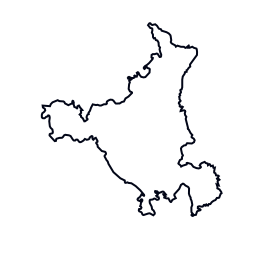 an SVG outline of Haryana, rotated 349°
{"feature_id": "IND-2430", "entity_name": "Haryana", "entity_type": "State", "adm_level": 1, "iso_a3": "IND", "parent_name": "India", "parent_adm1": "", "projection": "mercator", "projection_center": [76.236, 29.302], "detail": "fine", "context": "isolated", "style": "outline", "palette": "ink", "viewbox_px": 256, "rotation_deg": 349, "n_neighbors": 0, "source": "natural_earth", "source_scale": "10m", "svg_char_len": 5890}
<svg xmlns="http://www.w3.org/2000/svg" viewBox="0 0 256 256"><g transform="rotate(349 128 128)"><path d="M169.5,29.3L170.0,29.6L170.5,30.7L171.4,31.5L174.5,31.4L176.0,33.2L177.2,36.3L179.2,37.4L179.6,38.9L184.1,41.3L186.1,43.0L187.3,45.0L187.4,45.9L187.2,50.1L186.4,51.7L186.6,52.6L187.3,53.6L190.1,55.9L190.5,57.3L192.2,56.6L195.5,58.4L198.4,59.0L199.6,60.3L200.4,60.2L203.3,58.7L203.4,59.1L202.4,60.7L203.8,61.0L206.6,60.5L207.9,61.8L210.3,63.1L210.5,63.9L210.3,66.6L209.6,69.5L201.3,77.2L200.9,77.8L200.8,79.6L199.0,80.6L197.4,82.2L196.5,82.5L196.3,84.0L194.5,84.1L194.1,85.4L191.6,87.9L190.5,90.8L189.0,98.4L188.0,100.4L186.9,100.5L186.6,100.8L186.5,101.3L186.9,102.7L186.7,103.3L185.1,104.6L185.5,105.8L184.1,107.2L184.4,108.3L184.0,109.3L184.8,111.4L184.4,111.9L182.9,112.6L182.6,113.5L183.3,115.1L182.9,116.6L183.6,117.3L185.0,117.1L185.8,117.8L183.3,120.5L182.9,121.4L186.4,121.3L187.3,122.0L187.4,122.7L186.5,124.6L186.6,126.4L187.4,128.1L186.4,130.1L186.9,139.2L186.6,140.0L186.7,140.5L187.3,141.0L188.4,144.8L189.8,147.2L188.9,148.2L188.7,149.3L190.5,151.0L191.1,152.7L190.1,154.5L187.7,155.4L183.1,154.2L181.4,155.9L179.7,155.8L177.1,157.0L176.1,158.2L176.0,159.6L176.1,163.6L176.7,165.3L175.4,166.9L175.1,168.6L172.8,169.4L170.7,172.4L170.8,172.8L172.5,174.8L172.8,176.0L174.6,175.4L178.3,175.0L178.7,174.9L179.0,173.6L179.7,173.6L183.2,175.4L184.8,178.6L187.5,180.4L189.7,181.2L191.4,180.9L192.1,180.3L192.0,179.6L191.2,178.5L192.2,177.3L193.7,176.5L196.8,175.9L197.6,177.2L199.4,178.1L199.4,179.8L201.0,179.0L201.4,179.2L202.1,181.3L204.1,181.1L204.2,183.3L204.6,183.6L205.7,183.5L204.4,186.7L204.1,188.2L205.2,189.2L205.4,191.3L207.4,191.9L207.9,192.5L207.4,192.8L206.9,194.1L205.7,194.6L205.9,195.3L207.4,195.5L207.9,196.2L206.2,196.9L205.6,198.0L206.1,201.5L204.3,200.3L204.6,202.8L204.2,204.3L206.1,205.8L207.3,208.6L207.4,209.9L206.3,210.4L204.3,213.7L203.7,213.9L201.9,213.6L200.1,215.4L198.1,215.8L196.0,216.8L194.3,218.4L192.8,218.1L191.8,219.4L191.3,219.2L190.3,217.9L190.0,218.0L189.4,219.1L188.9,219.0L188.2,218.0L187.8,218.0L186.5,219.3L185.7,219.4L183.0,218.4L181.6,218.6L181.2,220.1L181.5,220.6L183.1,221.3L183.6,222.2L183.3,222.5L180.5,222.8L179.8,223.2L178.1,226.2L176.4,226.1L174.8,226.7L174.0,226.2L173.7,225.6L174.1,225.0L175.2,224.5L174.3,222.9L174.3,222.3L175.0,218.1L176.4,215.9L176.5,215.1L176.5,211.6L176.0,209.5L176.2,208.2L175.5,206.1L175.3,204.0L176.4,199.0L176.0,197.7L175.5,197.1L173.5,195.5L171.9,193.4L171.2,193.1L169.1,194.0L166.7,197.5L160.9,201.9L160.6,203.0L161.5,206.0L157.9,207.0L156.3,208.8L155.9,208.8L155.2,207.9L154.3,204.8L152.4,204.5L150.3,203.2L150.6,202.6L151.9,202.0L150.3,200.8L150.0,199.8L152.2,200.0L150.7,197.3L149.6,197.0L146.2,197.7L145.4,197.1L144.6,195.8L142.7,195.1L142.4,195.6L142.5,196.5L144.7,198.7L144.4,199.4L142.8,200.0L143.2,200.9L144.9,201.9L144.9,203.3L144.3,204.0L142.8,204.1L140.8,202.4L140.1,202.3L138.6,202.9L136.0,202.7L135.5,203.2L135.2,204.4L135.1,205.9L136.2,209.6L136.2,212.5L137.4,213.9L138.1,216.5L137.8,217.4L136.2,218.5L133.1,215.9L131.6,215.8L126.7,216.4L126.1,216.1L125.7,215.6L125.3,213.7L124.8,213.0L123.1,211.9L122.9,210.8L123.4,209.7L125.1,209.8L126.0,208.8L125.8,207.8L125.0,207.0L125.8,205.9L126.4,204.0L128.2,202.1L128.3,201.0L127.9,200.6L127.2,200.6L125.7,202.0L124.0,200.9L123.7,200.0L124.2,199.1L126.8,197.8L128.5,195.8L130.7,197.6L131.0,197.3L131.0,196.6L128.1,191.4L124.5,186.5L120.8,182.9L118.0,182.0L117.2,181.3L115.2,181.4L114.8,181.2L114.6,180.4L114.8,178.9L110.9,175.9L105.3,168.6L102.0,159.5L101.7,157.0L100.8,155.4L99.6,151.5L99.8,150.7L101.2,149.6L101.5,149.1L101.4,147.7L100.9,147.0L97.9,145.6L94.7,140.7L94.8,138.8L93.9,136.8L94.1,136.2L95.4,135.7L95.6,134.9L94.5,131.5L93.2,131.8L91.8,132.9L91.4,132.6L91.1,131.7L91.5,129.5L91.3,129.2L90.6,129.0L88.6,130.0L88.1,131.1L87.2,131.6L85.3,131.7L83.6,130.5L81.9,131.8L79.6,132.7L78.2,132.8L77.4,132.2L76.2,129.8L74.9,129.5L73.7,130.2L72.4,129.9L71.7,128.9L70.1,124.9L68.6,123.9L65.1,122.7L63.9,123.0L62.2,124.6L61.3,125.0L58.7,124.6L55.9,124.9L55.3,125.4L54.8,126.9L53.6,126.9L49.6,120.4L49.9,119.2L50.3,118.9L52.6,118.8L53.0,118.6L53.5,117.6L53.5,115.0L52.1,113.1L51.6,111.4L52.0,106.3L53.1,103.1L53.2,101.4L52.8,100.7L52.1,100.4L51.1,101.3L49.8,101.4L48.5,102.3L47.6,102.5L46.0,102.0L45.5,100.9L45.9,98.7L46.7,97.2L48.9,96.1L50.1,94.9L50.0,93.3L48.4,91.6L48.5,89.7L55.6,91.7L56.7,89.9L58.8,88.4L64.3,87.3L65.7,88.5L69.7,89.6L70.4,90.3L70.9,91.9L73.8,94.2L77.6,93.2L78.0,92.8L78.5,91.1L79.0,90.8L79.4,91.1L79.6,93.0L78.9,94.4L79.3,95.2L79.3,97.0L80.8,98.0L81.7,99.0L82.0,98.8L82.5,97.1L83.5,96.6L84.2,96.6L84.8,98.6L86.6,101.7L85.0,101.8L84.9,104.2L83.1,105.6L84.2,106.9L84.0,108.1L85.5,109.9L86.4,113.1L87.1,113.2L89.9,111.9L90.0,111.4L89.3,110.1L89.7,108.7L91.0,107.0L92.1,106.9L92.2,105.5L93.9,103.9L95.6,101.0L97.9,98.1L101.0,99.4L102.5,99.4L104.4,100.5L105.9,100.8L109.0,100.1L110.9,100.5L111.9,100.0L111.9,99.0L112.4,98.0L114.1,97.2L116.0,96.8L117.8,97.3L118.9,98.3L120.1,100.8L120.8,101.7L124.5,102.3L127.0,101.3L129.1,101.2L131.2,98.5L134.5,97.2L138.6,94.4L138.7,93.9L138.3,93.4L136.9,92.5L136.1,89.8L137.5,85.1L138.5,83.6L138.2,81.9L140.1,81.1L137.6,79.6L137.4,78.8L138.0,78.1L138.8,78.0L140.8,79.5L143.0,80.0L144.0,79.6L144.1,78.0L144.6,77.8L145.9,79.2L146.4,79.3L147.5,77.3L147.2,75.5L148.3,75.1L148.9,75.7L149.4,77.9L150.7,80.3L153.0,81.3L154.8,81.3L159.7,77.7L160.6,74.4L160.2,73.7L158.7,72.9L157.9,71.4L157.5,71.4L156.3,72.7L155.5,73.2L155.0,72.7L154.9,72.1L155.2,71.5L156.5,70.5L158.7,69.7L161.0,68.4L165.2,65.1L165.7,64.1L164.7,63.7L164.5,63.2L165.1,60.8L166.5,60.2L168.2,60.6L170.5,60.4L171.3,61.0L172.6,64.3L173.7,64.4L174.2,63.8L174.6,62.3L174.1,59.5L174.0,56.7L174.8,55.1L173.9,53.2L174.3,49.9L173.5,47.7L172.1,47.0L171.6,44.8L170.4,44.9L169.9,43.5L170.3,41.0L169.6,38.9L170.5,37.0L170.8,35.3L170.5,34.7L169.0,34.1L167.3,30.9L168.7,29.5L169.5,29.3Z" fill="none" stroke="#020617" stroke-width="2"/></g></svg>